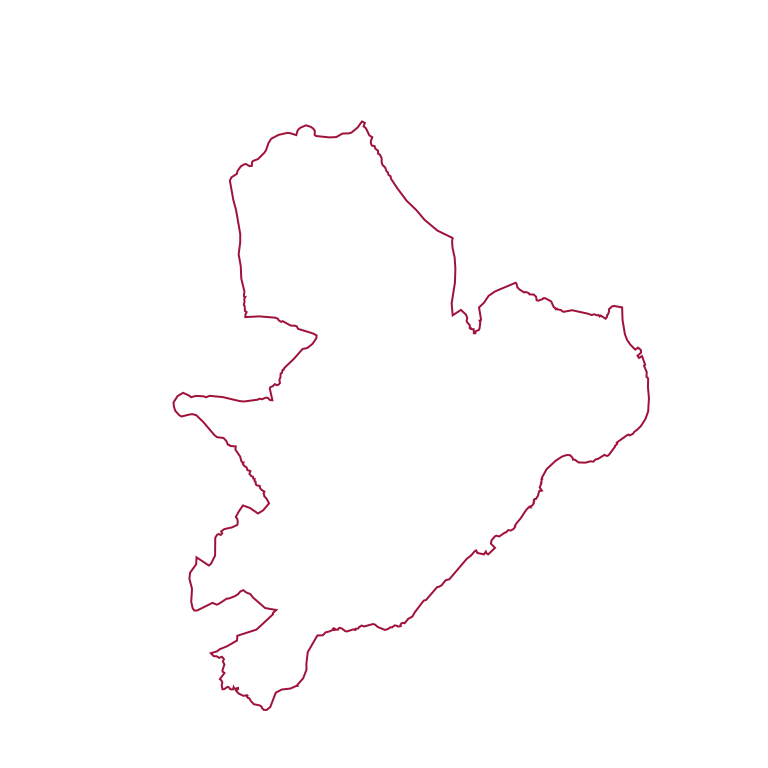 the district of Kota Kupang, Nusa Tenggara Timur, Indonesia, rotated 161°
{"feature_id": "22746128B56606429525327", "entity_name": "Kota Kupang", "entity_type": "district", "adm_level": 2, "iso_a3": "IDN", "parent_name": "Indonesia", "parent_adm1": "Nusa Tenggara Timur", "projection": "mercator", "projection_center": [123.613, -10.211], "detail": "fine", "context": "isolated", "style": "outline", "palette": "rose", "viewbox_px": 768, "rotation_deg": 161, "n_neighbors": 0, "source": "geoboundaries", "source_scale": "gbopen_adm2", "svg_char_len": 6166}
<svg xmlns="http://www.w3.org/2000/svg" viewBox="0 0 768 768"><g transform="rotate(161 384 384)"><path d="M133.9,378.9L141.1,382.9L143.2,383.1L147.0,381.4L147.3,379.8L149.4,377.0L150.6,376.5L151.2,375.0L153.2,373.6L156.9,378.2L158.0,377.6L158.7,379.4L160.0,379.4L162.6,381.5L165.3,381.6L168.0,383.9L182.1,392.5L190.9,393.8L193.1,396.7L195.7,398.0L195.9,398.9L197.3,398.8L197.5,400.4L198.5,401.4L199.0,407.6L203.5,412.5L205.4,413.3L206.3,412.7L210.8,412.5L212.4,413.5L211.8,417.1L213.3,419.8L217.3,421.4L217.6,422.9L220.1,424.9L221.7,424.9L225.2,429.4L226.4,432.0L226.1,436.0L226.5,436.9L248.8,435.4L256.4,433.3L263.0,428.3L269.2,425.5L271.3,413.3L272.1,412.3L273.0,412.7L273.0,410.6L275.5,405.6L276.6,404.3L280.3,403.9L281.1,402.2L282.5,402.7L281.4,406.6L284.0,407.7L283.8,408.7L284.7,408.9L283.8,411.7L285.2,415.0L285.4,416.7L283.8,419.4L283.9,422.8L287.1,429.0L296.7,426.6L293.8,438.2L284.0,456.6L279.0,469.7L276.0,480.7L274.9,490.3L273.3,496.4L271.6,499.7L283.5,511.6L292.2,526.0L296.8,537.9L302.9,549.8L307.7,564.7L310.6,576.0L310.1,578.2L311.6,580.1L311.5,583.1L312.4,584.3L312.4,588.4L314.1,591.5L314.0,594.5L312.7,598.5L313.2,602.2L314.6,603.7L313.7,606.5L315.6,609.4L315.5,612.1L317.5,613.0L318.0,614.2L318.0,616.4L317.2,618.2L314.7,621.1L316.9,623.8L317.8,631.6L319.4,634.3L317.1,637.1L319.4,639.4L325.4,635.1L332.9,632.3L335.4,632.4L341.8,634.3L348.7,633.0L355.5,635.0L367.5,640.6L368.5,642.1L367.0,645.9L367.7,648.4L369.5,651.0L373.6,654.0L379.7,653.5L381.8,652.7L383.4,651.5L385.9,647.9L391.7,652.1L393.7,652.9L402.6,653.9L410.8,652.6L414.9,649.3L419.6,643.3L421.9,641.6L429.9,637.7L435.2,637.5L436.4,636.8L438.0,633.3L440.4,633.9L442.8,636.9L444.5,637.2L448.3,636.5L453.1,633.2L454.7,630.6L460.9,629.1L463.5,626.6L466.5,607.4L467.3,596.3L471.1,572.6L473.8,564.8L479.2,554.0L481.1,541.9L484.6,530.2L485.9,516.8L487.8,512.9L487.6,511.2L487.1,511.2L488.5,509.8L488.9,507.5L490.8,504.4L490.4,502.9L491.7,498.3L490.5,496.7L492.4,494.8L493.3,492.4L479.8,488.5L465.4,482.2L463.1,480.2L462.7,478.2L460.9,476.2L459.3,476.4L453.3,469.7L448.8,467.9L447.7,466.8L447.3,464.1L434.9,455.1L431.9,451.9L433.1,449.3L438.4,445.3L444.8,443.0L449.6,443.6L460.5,437.4L473.0,431.6L474.4,430.1L475.2,430.4L477.1,427.6L478.3,427.6L479.6,424.3L481.7,421.7L482.0,418.9L483.9,417.7L485.7,417.8L487.2,419.4L489.7,418.2L492.6,417.9L493.5,416.8L494.8,405.0L496.9,405.8L498.4,408.6L500.0,409.6L504.4,409.3L506.7,410.7L508.6,410.3L521.9,413.0L525.8,414.7L540.9,424.2L552.8,429.6L556.6,429.4L558.6,431.1L565.8,434.0L570.8,434.3L571.5,435.9L576.8,441.1L583.1,439.8L589.0,435.1L590.0,431.1L590.1,426.7L587.8,421.2L586.0,419.2L577.2,418.4L574.9,417.8L571.7,415.7L567.2,406.8L561.1,391.1L559.2,388.1L553.3,385.2L551.6,381.3L551.4,377.5L550.0,376.7L549.5,375.4L544.5,373.3L545.9,370.3L543.6,362.2L544.0,357.8L543.5,355.9L542.4,355.5L543.5,354.3L542.7,351.6L541.7,351.0L541.0,349.2L541.2,347.0L538.7,345.3L540.5,342.8L539.5,340.2L538.0,338.8L538.4,337.1L537.2,336.3L538.0,334.7L537.2,333.2L537.8,331.9L537.6,329.8L534.7,328.1L535.1,326.5L534.5,324.2L532.1,321.1L533.6,319.6L533.3,318.0L533.8,317.2L532.2,313.1L531.6,308.5L539.4,303.9L545.3,302.6L551.1,310.4L556.9,315.1L562.6,310.9L567.4,306.5L566.6,304.1L567.3,300.8L568.6,298.5L574.4,297.9L582.2,298.8L586.0,297.6L585.6,295.5L587.6,294.4L589.0,295.9L590.7,295.9L593.6,293.6L599.6,276.7L606.3,270.2L608.7,269.4L617.7,281.1L620.3,274.7L628.7,268.8L631.4,263.3L632.2,252.9L637.2,240.8L637.9,234.2L637.1,231.6L634.5,230.7L617.4,232.9L614.1,229.9L612.3,229.8L602.4,232.3L600.8,231.7L594.1,231.9L590.4,232.8L587.4,234.6L584.2,234.9L582.2,231.8L578.8,228.9L577.4,224.8L569.4,210.9L559.5,205.4L563.7,203.6L563.9,202.4L584.5,193.3L604.6,193.7L606.5,189.3L618.0,187.1L625.7,186.7L628.7,185.6L635.4,185.8L633.6,182.1L631.0,181.1L628.9,178.7L626.1,178.9L624.9,176.0L626.7,174.1L626.2,170.8L630.0,165.8L630.2,164.6L628.9,162.7L635.3,158.4L634.3,156.8L634.0,154.6L635.6,151.8L636.1,148.0L634.5,147.5L630.6,148.6L629.4,147.7L628.8,145.6L627.1,144.6L625.9,144.6L624.9,146.3L624.7,145.1L623.7,144.3L621.0,144.1L621.3,143.0L623.8,142.6L622.4,138.9L618.6,135.0L614.8,134.3L614.5,133.7L615.4,133.0L614.8,131.4L613.6,130.6L613.1,127.6L611.3,123.6L606.2,120.6L604.8,118.8L605.0,117.5L603.8,115.1L601.1,114.0L596.7,115.6L586.8,127.4L580.0,128.4L571.6,126.5L565.0,127.1L564.0,126.7L564.0,127.6L556.3,132.0L550.3,139.1L548.5,144.7L543.4,155.3L528.9,167.9L523.7,166.3L520.1,168.2L516.0,167.8L512.7,168.2L511.5,167.7L511.7,169.3L510.9,169.4L509.3,167.3L507.4,166.7L506.6,167.7L505.1,167.8L503.2,166.2L501.1,162.9L499.6,162.1L493.1,162.0L491.2,160.8L490.8,161.8L488.0,161.2L486.7,162.2L483.9,162.9L481.7,161.2L472.4,160.6L470.7,159.3L469.1,156.4L463.1,151.1L459.6,151.1L457.3,151.9L455.6,151.3L452.5,152.3L450.4,151.1L449.8,150.1L447.0,149.6L446.6,151.2L445.4,152.0L443.3,151.9L442.3,151.1L437.5,154.1L432.8,154.9L429.1,158.2L417.7,165.8L416.7,166.3L414.6,166.1L399.8,174.7L397.9,174.4L394.9,175.0L389.7,178.4L385.8,178.1L362.6,191.8L357.7,193.4L352.8,196.3L351.0,196.6L350.8,193.9L345.0,190.4L342.3,192.4L342.2,190.7L341.0,189.0L332.4,192.9L334.9,198.3L333.1,201.3L328.7,203.8L327.2,204.0L324.6,202.3L318.0,204.2L317.0,203.9L314.2,205.4L311.9,204.2L308.6,204.8L306.4,206.3L306.6,207.1L304.0,209.2L298.2,212.7L290.5,218.7L287.2,220.3L286.3,219.9L286.6,220.5L285.8,220.8L284.6,220.3L281.3,222.2L281.4,223.2L280.1,224.1L280.3,225.4L279.0,226.2L277.9,225.8L274.8,228.2L272.3,232.0L270.7,232.4L270.5,231.9L269.4,231.8L270.5,235.5L267.7,238.6L267.9,239.4L267.0,239.9L266.1,242.7L265.3,242.7L265.2,244.0L257.9,250.6L246.5,255.6L239.4,257.4L234.6,257.4L231.2,256.1L229.7,252.7L230.0,251.0L228.1,250.2L225.6,246.5L219.3,244.1L214.0,243.7L211.2,242.4L208.7,243.8L206.0,243.5L198.6,245.2L196.7,243.4L194.9,243.5L185.9,249.6L185.8,250.2L183.0,251.5L183.1,252.8L170.7,256.5L169.2,256.6L168.5,255.4L164.9,255.8L162.9,257.3L159.1,258.5L154.8,260.6L148.1,265.9L143.2,272.0L138.1,284.3L135.4,295.3L132.7,302.5L132.6,304.0L133.5,305.2L131.7,309.8L132.2,316.7L130.8,317.2L131.0,326.4L134.4,325.6L135.1,328.2L130.8,329.9L130.1,332.6L132.0,335.7L135.2,334.7L135.7,335.6L138.2,340.9L139.8,346.4L140.0,352.7L137.6,367.0L133.9,378.9Z" fill="none" stroke="#9f1239" stroke-width="2"/></g></svg>